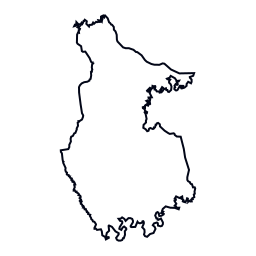 Na Wa, Nakhon Phanom, Thailand (Robinson projection)
{"feature_id": "78962969B93773491047037", "entity_name": "Na Wa", "entity_type": "district", "adm_level": 2, "iso_a3": "THA", "parent_name": "Thailand", "parent_adm1": "Nakhon Phanom", "projection": "robinson", "projection_center": [104.093, 17.513], "detail": "fine", "context": "isolated", "style": "outline", "palette": "ink", "viewbox_px": 256, "rotation_deg": 0, "n_neighbors": 0, "source": "geoboundaries", "source_scale": "gbopen_adm2", "svg_char_len": 5764}
<svg xmlns="http://www.w3.org/2000/svg" viewBox="0 0 256 256"><path d="M65.3,169.8L65.8,171.7L67.0,172.6L66.7,174.1L67.0,174.6L68.8,175.2L68.8,176.2L69.8,176.4L69.6,176.7L70.2,177.8L71.8,178.5L71.3,179.8L72.4,180.2L72.2,180.9L73.8,181.5L74.0,182.0L73.6,182.2L74.4,182.5L74.5,183.8L74.9,183.6L75.3,184.6L74.2,185.0L74.8,187.1L73.7,189.7L74.3,189.9L74.0,190.6L74.9,190.6L75.7,191.9L76.6,191.6L77.0,192.7L78.2,193.3L79.0,194.3L78.5,195.1L80.3,195.8L80.7,197.0L79.6,198.1L80.9,199.4L80.3,200.2L81.0,200.2L81.6,201.2L80.4,201.8L81.1,202.7L80.7,202.9L80.8,203.8L82.2,204.8L82.4,205.9L83.4,206.0L83.8,206.8L83.2,207.6L84.2,207.8L84.6,209.3L85.8,209.1L86.7,211.8L87.2,211.6L87.4,212.3L88.3,212.7L88.1,214.0L90.3,214.8L89.9,216.0L91.1,218.0L91.3,219.2L92.5,220.1L92.9,221.4L94.4,221.8L95.8,223.9L96.0,224.6L94.4,228.0L94.5,228.8L95.8,228.6L97.0,229.9L100.9,229.3L101.8,231.3L102.3,235.3L105.2,237.0L105.9,239.4L108.8,237.8L108.6,237.1L106.7,237.2L106.1,236.2L106.8,232.9L109.1,230.8L108.6,225.9L109.0,225.5L111.9,226.8L115.5,231.4L118.7,233.2L118.6,234.5L116.1,237.9L116.9,239.7L118.5,240.6L120.6,240.6L122.2,240.0L123.1,238.1L123.8,238.2L125.0,234.8L124.8,231.2L126.3,229.4L126.2,228.3L124.1,226.5L122.7,227.5L121.3,229.9L119.3,228.8L119.8,226.9L122.2,223.2L122.3,222.0L122.0,221.3L120.1,220.9L118.6,218.8L120.6,218.7L122.1,217.4L124.4,218.9L125.6,220.9L128.5,218.1L130.3,218.1L132.2,218.9L133.0,220.9L132.9,222.3L130.6,226.1L130.8,226.8L131.7,227.1L135.3,226.9L137.5,221.7L138.3,222.8L139.9,223.3L142.0,222.7L142.5,221.3L143.3,221.2L143.8,222.1L143.8,223.6L142.2,227.2L144.4,229.6L144.6,232.2L144.0,234.5L145.0,236.1L147.1,236.8L150.1,234.0L153.5,233.0L155.5,228.9L154.7,226.9L152.8,225.2L154.0,223.4L156.9,222.5L157.8,223.2L158.0,225.6L160.6,226.3L161.9,225.9L162.9,224.1L162.9,222.4L160.9,218.5L158.3,219.9L157.6,219.7L157.5,218.4L156.4,218.4L155.2,215.5L156.4,212.7L157.5,212.1L158.4,212.6L159.3,216.0L161.3,215.8L163.6,214.4L163.8,213.9L163.1,213.3L161.3,213.0L163.1,211.6L162.0,211.0L162.8,208.9L165.7,206.4L170.3,207.7L174.9,207.9L178.7,209.3L179.2,207.7L176.6,207.8L176.1,206.4L174.7,205.7L176.3,203.8L174.5,200.9L175.9,199.9L175.8,199.1L174.7,198.7L176.1,196.4L179.4,198.0L182.2,196.5L182.5,198.6L181.6,198.8L183.4,199.9L183.6,200.6L183.1,200.3L182.8,201.4L183.9,201.9L185.1,202.2L184.8,201.7L186.3,200.9L187.1,198.3L187.8,198.6L187.4,199.9L188.2,200.5L188.2,201.7L189.1,200.7L190.2,201.5L191.7,201.4L191.0,198.8L191.5,199.4L192.7,199.2L192.3,198.3L194.3,197.1L193.8,194.5L194.8,193.7L194.5,191.8L195.2,188.4L194.7,187.3L193.0,187.4L192.0,184.2L191.1,184.1L190.2,183.2L190.1,182.3L188.1,181.2L187.3,179.9L187.3,177.2L189.0,169.9L185.1,157.5L183.8,148.9L180.7,136.7L176.8,136.5L174.8,135.0L174.5,133.9L173.7,133.3L169.8,133.9L168.4,133.2L164.6,130.7L160.0,126.4L159.8,124.3L158.1,122.9L156.8,123.4L156.5,124.5L155.7,125.5L155.5,125.3L155.1,127.1L154.1,128.2L153.8,127.9L153.5,128.8L152.8,129.0L150.3,128.0L149.1,128.7L148.5,130.8L147.2,131.2L145.6,129.2L143.3,127.8L143.6,124.8L146.0,122.5L145.9,120.8L146.6,118.9L145.6,113.9L144.7,112.4L145.5,112.0L146.9,112.9L147.1,112.1L145.0,110.8L144.7,109.3L142.9,108.1L142.8,107.2L143.5,106.9L145.0,107.6L145.0,105.6L145.7,104.9L148.0,105.6L148.1,104.8L147.2,103.7L147.5,103.0L149.7,104.3L150.1,104.0L150.0,103.1L148.7,102.9L146.4,100.9L147.6,100.4L148.8,101.4L149.8,101.3L150.2,99.2L148.7,98.5L148.5,97.5L151.8,97.3L149.7,93.1L150.4,90.5L149.7,90.1L148.4,91.7L147.4,91.4L147.0,90.7L149.9,87.8L150.5,88.2L150.2,89.3L151.1,89.5L152.2,87.9L152.5,85.9L153.0,86.1L153.3,87.8L153.9,87.6L154.5,86.1L155.2,86.1L155.4,86.9L154.6,89.5L155.9,89.9L156.7,91.4L159.2,91.5L159.6,92.6L160.8,92.4L160.4,90.5L161.4,90.7L162.0,91.7L162.7,90.9L160.7,89.5L162.1,87.1L163.3,88.0L163.5,89.5L165.9,88.3L166.3,90.0L167.4,90.0L167.9,91.6L169.0,92.0L171.1,90.0L171.5,86.7L170.7,84.3L169.1,82.7L169.1,81.1L170.1,79.7L167.3,79.2L166.9,78.7L169.6,77.7L170.7,75.9L174.9,78.2L176.8,81.0L179.1,80.7L178.7,81.4L176.7,82.0L177.8,84.1L177.6,84.7L177.0,84.9L175.6,84.1L174.5,85.8L175.2,87.3L174.4,88.0L174.4,89.2L175.8,90.4L176.7,90.4L177.6,89.8L179.9,85.8L183.2,85.9L183.1,86.5L180.8,87.5L181.4,88.4L182.4,88.3L184.5,87.6L186.6,85.8L186.6,84.0L188.2,81.8L191.0,83.3L191.6,81.9L191.6,79.6L189.9,77.7L189.8,77.0L193.2,75.8L194.1,73.1L179.4,73.4L171.0,69.5L164.4,63.7L162.6,63.4L159.4,64.8L154.3,64.7L151.4,64.0L146.7,61.7L144.9,60.0L141.6,55.3L137.3,52.1L136.0,52.0L133.5,49.8L128.9,48.2L125.7,48.2L123.1,47.4L117.5,41.5L116.9,39.7L116.7,34.8L115.5,31.4L113.9,29.7L113.8,27.0L112.1,24.8L111.2,24.6L110.2,23.1L109.1,22.3L107.7,18.3L105.0,15.4L104.6,15.5L104.1,17.6L102.8,17.1L102.8,15.7L101.9,16.1L102.2,18.2L101.0,17.4L101.0,19.2L102.1,19.6L101.8,21.6L100.9,20.6L100.6,21.8L100.0,21.9L99.5,20.4L98.3,20.2L98.9,21.8L97.0,22.2L96.1,21.8L94.0,23.8L93.1,22.6L91.9,24.8L89.5,24.9L89.0,26.5L86.3,23.8L86.8,21.3L84.8,19.8L84.2,21.0L83.6,20.9L82.8,23.2L82.2,23.4L81.6,22.7L81.1,23.5L82.9,24.3L81.4,24.4L80.4,25.5L80.0,24.3L78.3,24.2L76.4,22.1L76.2,24.7L74.9,24.7L74.2,26.2L77.6,25.2L78.8,26.8L77.7,27.4L80.0,28.8L79.8,29.3L79.3,29.1L79.3,29.9L78.7,30.2L79.0,32.7L78.1,32.4L77.1,34.6L76.9,42.6L77.6,43.8L81.1,46.2L81.9,51.1L82.9,51.8L85.3,51.6L89.6,58.1L91.1,61.8L91.9,62.6L92.6,62.5L92.6,63.2L93.1,63.4L92.1,64.6L91.8,67.5L92.3,69.7L91.8,70.3L91.9,71.6L91.3,71.8L91.5,72.1L91.0,72.7L91.2,75.4L90.6,78.9L89.6,79.5L89.4,80.6L87.4,81.7L84.2,82.2L81.7,83.4L79.9,85.3L79.0,87.2L79.1,92.6L80.6,104.3L82.0,113.2L83.2,115.4L83.0,116.9L82.0,119.5L79.5,121.1L78.5,121.1L78.7,122.0L77.7,122.6L78.0,125.8L76.7,128.4L76.8,129.3L75.4,132.9L74.2,133.4L72.9,135.9L71.2,136.7L70.6,138.9L70.9,141.5L69.3,144.8L69.3,147.1L68.3,149.1L60.8,150.3L60.9,151.9L61.9,153.3L62.6,159.6L63.0,161.5L63.5,161.7L63.2,162.8L65.6,168.0L65.3,169.8Z" fill="none" stroke="#020617" stroke-width="2"/></svg>